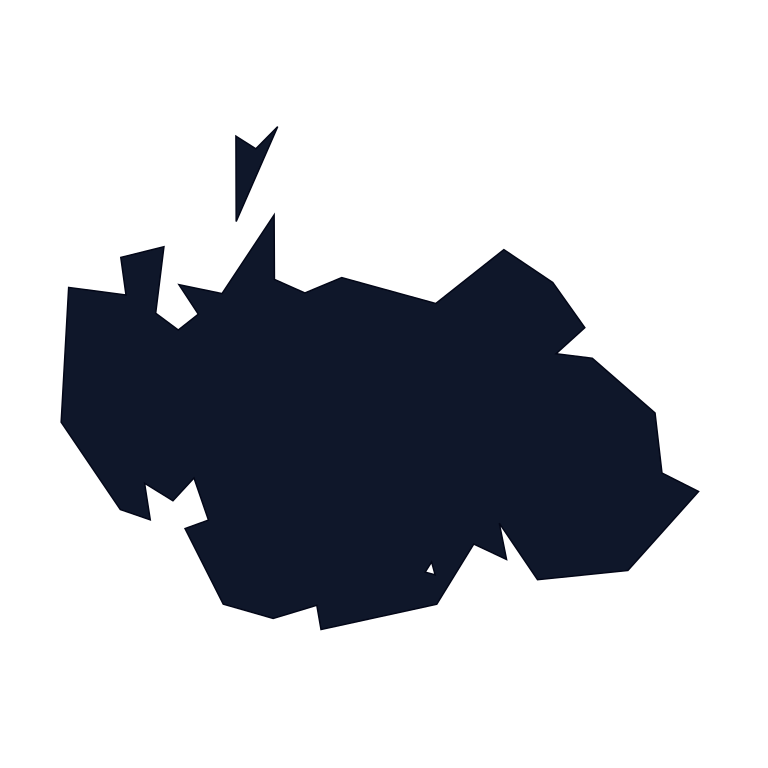 an SVG outline of Burgos, rotated 274°
{"feature_id": "ESP-5810", "entity_name": "Burgos", "entity_type": "Autonomous Community", "adm_level": 1, "iso_a3": "ESP", "parent_name": "Spain", "parent_adm1": "", "projection": "orthographic", "projection_center": [-3.389, 42.329], "detail": "coarse", "context": "isolated", "style": "filled", "palette": "ink", "viewbox_px": 768, "rotation_deg": 274, "n_neighbors": 0, "source": "natural_earth", "source_scale": "10m", "svg_char_len": 771}
<svg xmlns="http://www.w3.org/2000/svg" viewBox="0 0 768 768"><g transform="rotate(274 384 384)"><path d="M545.0,262.6L480.7,267.4L469.3,298.7L487.2,334.4L467.9,430.0L526.4,494.2L497.0,545.3L454.2,580.4L426.2,553.5L424.2,590.0L374.0,656.4L314.6,667.5L298.7,705.3L215.0,640.3L199.5,550.8L253.2,508.7L217.5,518.5L230.6,484.7L168.0,452.0L134.7,338.3L158.6,332.4L142.4,289.8L153.2,239.0L225.9,195.6L236.0,218.4L277.0,201.0L252.8,181.6L268.3,152.1L232.2,160.3L240.4,129.7L323.4,64.6L458.3,62.7L454.8,120.4L491.9,112.6L505.6,154.9L438.7,151.3L423.5,175.0L440.7,193.9L468.8,172.5L462.9,216.1L545.0,262.6ZM197.2,448.3L209.8,443.9L199.2,438.2L197.2,448.3ZM535.8,225.2L620.9,219.0L609.7,239.7L633.3,260.0L535.8,225.2Z" fill="#0f172a" stroke="#020617" stroke-width="1.5"/></g></svg>